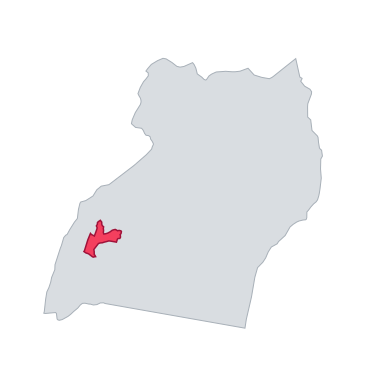 Kamwenge on a map of Uganda (Robinson projection), rotated 10°
{"feature_id": "UGA-3368", "entity_name": "Kamwenge", "entity_type": "District", "adm_level": 1, "iso_a3": "UGA", "parent_name": "Uganda", "parent_adm1": "", "projection": "robinson", "projection_center": [30.551, 0.184], "detail": "fine", "context": "in_parent", "style": "filled", "palette": "rose", "viewbox_px": 384, "rotation_deg": 10, "n_neighbors": 0, "source": "natural_earth", "source_scale": "10m", "svg_char_len": 3082}
<svg xmlns="http://www.w3.org/2000/svg" viewBox="0 0 384 384"><g transform="rotate(10 192 192)"><path d="M267.8,316.9L262.7,316.9L254.5,316.9L246.2,316.9L238.0,316.9L229.7,316.9L221.5,316.9L213.2,316.9L205.0,316.9L196.7,316.9L188.5,316.9L180.3,316.9L172.0,316.9L163.8,316.9L155.5,316.9L147.3,316.9L139.0,316.9L130.8,316.9L125.9,316.9L124.9,316.7L124.3,316.5L121.1,317.1L117.9,319.4L114.5,320.4L110.8,320.0L110.4,320.3L108.5,320.2L105.9,320.1L103.4,320.7L101.6,322.7L99.7,326.1L96.3,330.1L93.7,333.6L91.4,336.1L86.3,340.2L83.5,341.4L82.1,341.2L81.2,340.5L79.6,335.2L78.6,334.4L68.6,337.1L67.1,337.1L67.3,335.5L66.5,323.1L66.4,315.6L67.7,310.8L68.5,305.4L68.6,300.5L70.4,292.3L69.7,287.4L72.1,270.2L72.7,267.4L73.6,259.1L75.1,256.5L76.4,255.5L78.1,250.4L81.4,242.2L83.7,238.0L83.2,228.8L83.6,222.6L84.1,221.2L88.9,218.9L95.2,213.1L97.9,206.3L101.6,202.0L108.9,199.2L130.4,175.8L140.5,163.3L144.8,156.8L145.0,154.5L145.8,151.5L144.1,149.1L142.0,147.0L141.3,145.0L139.5,144.0L136.9,144.1L135.2,142.6L133.3,139.8L131.3,138.0L125.2,138.2L120.5,135.3L120.6,131.3L122.4,123.6L126.0,114.7L126.2,112.2L125.7,110.2L124.8,108.4L123.2,106.6L121.7,104.5L122.9,98.1L125.1,91.8L127.0,88.7L128.8,85.2L128.2,82.3L125.6,80.9L127.0,78.1L129.8,73.4L135.3,68.6L140.2,65.4L143.4,65.4L149.7,67.9L155.3,70.9L158.5,71.1L162.2,69.8L170.1,64.5L172.0,66.2L174.3,69.4L176.7,74.8L181.7,77.2L184.1,78.9L185.7,79.4L186.7,78.9L188.6,74.7L190.8,72.5L195.0,69.6L204.2,67.3L210.8,66.6L213.6,66.1L218.3,64.7L225.7,60.4L232.9,66.0L240.8,67.0L248.5,67.0L250.8,65.3L252.1,64.0L260.1,54.9L271.0,42.6L278.2,60.0L280.7,61.0L280.4,62.5L279.8,64.0L284.5,68.2L290.3,70.3L292.4,72.5L292.6,74.8L290.7,85.0L291.0,87.9L292.9,98.1L296.4,100.4L299.5,110.6L305.7,115.0L306.6,116.2L308.0,121.2L309.9,126.6L311.4,127.9L312.3,128.2L314.2,134.0L313.1,137.2L314.6,147.1L316.9,155.9L317.5,166.4L317.6,171.1L317.5,173.9L317.0,177.9L315.9,180.2L313.9,182.5L311.7,186.0L309.8,189.8L308.6,191.7L309.5,197.4L309.3,198.9L308.8,199.6L306.0,200.4L302.4,202.0L300.2,203.5L297.1,206.4L294.6,209.5L291.3,218.7L285.8,225.8L284.9,228.2L279.7,232.4L277.5,237.7L276.0,244.1L274.0,248.8L269.7,255.1L268.7,265.1L268.8,285.1L267.6,307.9L267.8,316.9Z" fill="#d9dde1" stroke="#a8b0b8" stroke-width="1"/><path d="M106.6,235.8L108.3,237.3L108.8,239.6L109.6,240.8L111.0,241.6L111.0,243.4L111.6,245.2L111.7,247.2L112.3,248.6L113.5,248.4L116.0,247.2L118.2,245.5L120.1,243.5L121.7,242.7L122.9,242.2L124.3,242.6L125.4,243.1L126.8,242.5L127.7,242.5L128.8,242.6L129.4,243.3L129.3,245.4L128.6,246.4L129.2,247.8L129.4,249.3L128.9,250.3L127.2,250.7L126.7,251.5L126.3,254.5L124.1,254.5L120.4,254.5L118.6,254.6L116.6,255.6L114.3,256.6L112.7,257.5L110.2,258.2L108.8,259.0L106.6,263.2L105.3,265.7L106.0,267.6L106.6,270.6L107.4,271.2L108.3,272.4L107.1,272.8L106.0,273.3L104.8,272.9L101.0,270.9L99.6,270.6L98.3,270.5L95.9,269.4L96.1,268.9L96.3,268.4L97.7,257.3L99.2,250.4L100.3,251.3L103.5,252.3L104.3,247.9L104.8,244.7L104.7,243.4L103.7,242.0L104.4,240.3L104.3,239.5L104.2,238.7L104.9,237.4L106.0,236.5L106.6,235.8Z" fill="#f43f5e" stroke="#9f1239" stroke-width="1.5"/></g></svg>